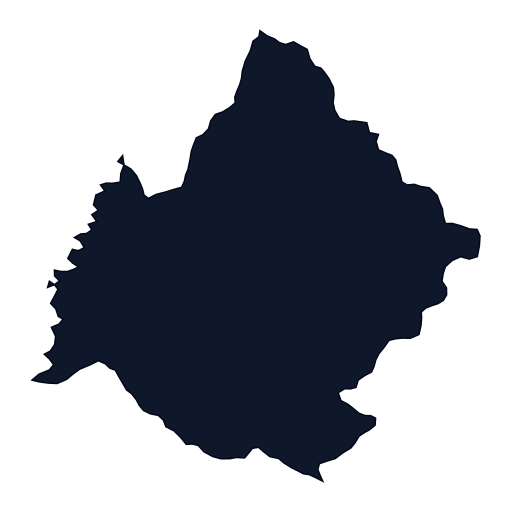 Serra da Saudade, Minas Gerais, Brazil
{"feature_id": "56859067B39993306485596", "entity_name": "Serra da Saudade", "entity_type": "district", "adm_level": 2, "iso_a3": "BRA", "parent_name": "Brazil", "parent_adm1": "Minas Gerais", "projection": "albers", "projection_center": [-45.786, -19.377], "detail": "fine", "context": "isolated", "style": "filled", "palette": "ink", "viewbox_px": 512, "rotation_deg": 0, "n_neighbors": 0, "source": "geoboundaries", "source_scale": "gbopen_adm2", "svg_char_len": 2864}
<svg xmlns="http://www.w3.org/2000/svg" viewBox="0 0 512 512"><path d="M378.5,134.4L369.4,132.6L366.8,122.7L354.0,120.9L348.1,121.4L339.4,118.4L334.8,110.4L333.1,102.7L334.0,94.7L333.3,87.3L329.0,78.7L324.4,72.2L320.9,68.1L314.8,66.3L309.9,58.7L307.2,49.4L300.5,45.8L293.6,41.8L285.8,44.5L279.3,42.6L274.7,39.0L267.2,35.9L259.9,30.7L259.0,36.6L253.0,41.2L250.4,50.6L245.4,60.8L242.4,70.7L241.5,78.4L239.8,84.4L236.7,91.6L234.8,97.2L235.2,102.9L229.6,107.6L222.7,111.9L215.4,114.4L210.7,120.8L208.5,128.8L202.9,134.7L196.3,137.8L193.3,145.5L191.3,151.4L189.9,160.2L187.9,169.5L185.5,175.4L184.4,181.1L181.6,187.3L174.9,189.1L165.5,192.0L156.2,194.4L148.4,198.4L144.0,195.0L142.6,189.2L140.3,183.6L136.5,175.7L131.0,169.1L124.0,164.9L120.8,173.6L120.2,182.1L112.3,183.3L106.2,183.1L100.5,184.9L104.8,191.0L95.9,195.0L93.5,204.9L98.4,210.2L91.8,214.7L96.7,221.5L88.3,224.3L91.8,229.8L86.5,233.5L80.8,233.9L74.4,237.5L80.2,240.9L84.2,247.7L78.2,250.7L72.4,249.3L67.8,258.4L72.6,263.1L78.5,267.0L73.2,269.5L67.4,271.5L61.0,271.5L54.4,270.1L54.6,276.0L59.5,280.9L54.4,284.7L58.0,289.3L54.1,296.9L50.6,303.4L55.8,308.9L58.2,316.3L63.0,319.1L59.1,324.0L51.4,327.3L55.6,336.3L54.7,344.4L50.3,351.1L44.3,354.2L49.5,359.1L53.6,364.6L49.4,369.9L39.1,374.1L32.0,380.1L39.3,381.9L48.4,383.1L57.1,383.5L66.4,379.5L73.6,373.6L79.7,369.2L84.9,367.0L90.7,364.6L98.2,360.7L105.3,363.8L109.6,368.0L115.3,370.2L118.8,376.6L123.5,384.6L126.7,390.1L131.4,393.5L136.3,399.7L139.2,405.3L143.5,410.5L150.5,413.9L158.3,415.4L163.3,420.0L165.9,426.7L173.9,430.8L180.7,437.5L186.2,444.3L192.3,444.0L198.3,445.5L203.9,451.8L212.9,456.6L221.1,458.8L229.7,458.7L236.3,457.5L244.6,457.9L248.9,452.8L252.4,448.3L258.5,447.3L263.7,451.8L269.8,456.6L278.7,458.5L284.0,463.0L291.5,467.7L298.7,471.3L303.5,473.8L309.1,474.6L314.4,477.0L322.8,481.3L319.9,474.8L317.8,469.5L319.4,463.7L327.2,461.0L335.0,458.7L343.5,452.4L351.0,447.9L355.3,442.4L359.1,436.1L364.7,432.4L369.5,429.8L375.1,425.2L375.6,418.2L370.8,415.7L364.9,415.5L359.1,413.3L352.5,407.8L347.6,404.1L340.9,400.6L338.2,392.7L344.7,388.7L350.2,388.9L356.0,387.4L358.2,380.1L364.7,375.6L371.6,372.0L374.0,366.5L375.8,359.9L378.8,353.9L383.8,347.7L389.1,340.3L395.5,338.8L402.1,338.1L410.5,338.2L419.0,334.5L421.0,325.5L421.6,317.9L421.3,312.0L425.9,308.0L432.3,305.5L437.9,303.7L443.3,300.4L446.6,294.9L446.5,287.8L442.0,281.3L443.1,273.9L445.4,266.6L452.1,260.6L460.5,256.7L469.3,259.1L477.3,256.6L479.4,245.9L480.0,235.8L477.1,229.5L469.3,228.9L460.9,225.8L452.2,223.4L445.4,223.6L443.2,215.5L442.5,209.2L440.0,203.3L437.1,195.3L429.3,187.8L420.4,186.4L414.3,184.3L407.2,185.0L401.9,181.9L400.0,173.8L397.2,165.8L395.8,160.0L392.0,155.4L386.3,153.2L378.5,149.8L376.1,141.4L378.5,134.4ZM122.6,155.6L117.8,161.5L124.0,164.9L122.6,155.6ZM54.4,284.7L49.4,281.2L47.6,287.4L54.4,284.7Z" fill="#0f172a" stroke="#020617" stroke-width="1.5"/></svg>